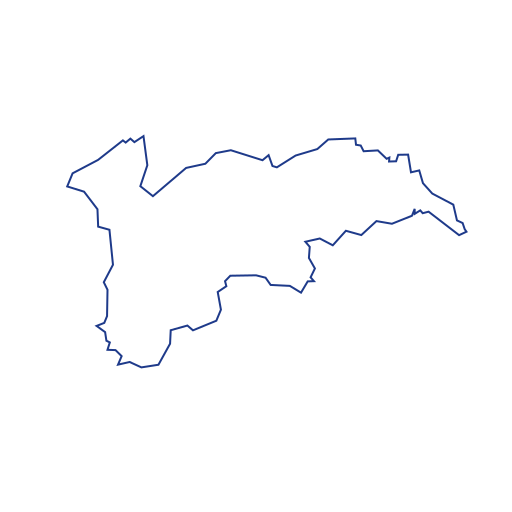 outline of Krushevo, Kruševo, North Macedonia, rotated 283°
{"feature_id": "65306769B95473368394754", "entity_name": "Krushevo", "entity_type": "district", "adm_level": 2, "iso_a3": "MKD", "parent_name": "North Macedonia", "parent_adm1": "Kruševo", "projection": "natural_earth1", "projection_center": [21.252, 41.35], "detail": "fine", "context": "isolated", "style": "outline", "palette": "blue", "viewbox_px": 512, "rotation_deg": 283, "n_neighbors": 0, "source": "geoboundaries", "source_scale": "gbopen_adm2", "svg_char_len": 1336}
<svg xmlns="http://www.w3.org/2000/svg" viewBox="0 0 512 512"><g transform="rotate(283 256 256)"><path d="M128.1,185.4L151.2,192.0L164.5,189.6L172.8,204.8L169.4,211.3L184.0,231.9L195.8,233.9L212.3,226.8L219.9,233.9L224.5,231.5L231.0,235.4L237.2,260.4L237.0,270.2L231.1,276.8L234.5,295.7L230.4,308.1L242.9,312.1L244.5,318.1L247.5,314.0L257.1,316.2L266.0,308.0L277.0,306.3L281.0,300.9L287.4,314.2L283.7,328.4L300.8,337.9L300.1,353.9L317.1,365.5L318.0,381.2L330.3,398.9L337.6,400.0L332.8,401.2L337.4,405.8L335.2,408.8L338.0,414.2L322.0,449.2L327.0,455.6L329.1,453.3L334.6,449.9L335.9,443.8L350.4,436.7L356.5,413.7L364.5,402.3L376.1,395.8L372.4,388.2L389.0,381.4L386.6,371.8L379.8,371.2L378.0,364.4L381.9,363.8L380.1,361.4L386.3,351.0L382.3,337.3L387.2,333.2L386.9,328.4L392.9,326.3L385.8,300.2L374.0,291.7L362.8,272.0L347.1,256.4L347.4,251.8L357.1,245.6L350.8,240.8L353.4,207.7L347.2,193.7L334.5,185.9L326.1,168.1L291.1,142.1L298.0,127.6L320.0,129.7L347.5,119.4L339.6,111.9L342.1,107.2L337.2,103.5L338.7,100.3L314.1,80.5L295.3,58.7L281.3,56.4L280.0,74.0L265.9,91.0L249.1,95.6L248.6,107.3L215.3,118.6L196.2,113.6L189.7,118.9L163.9,124.4L156.7,123.2L152.0,116.4L147.9,126.1L139.8,129.3L138.9,133.0L131.2,132.4L132.7,140.3L128.2,147.6L119.1,146.0L124.3,156.7L121.7,169.4L128.1,185.4Z" fill="none" stroke="#1e3a8a" stroke-width="2"/></g></svg>